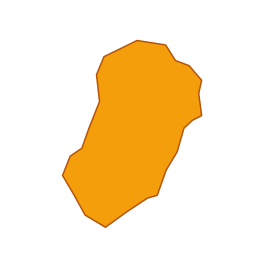 Agios Nikolaos Soleas, Cyprus, rotated 142°
{"feature_id": "46923920B37444624958942", "entity_name": "Agios Nikolaos Soleas", "entity_type": "district", "adm_level": 2, "iso_a3": "CYP", "parent_name": "Cyprus", "parent_adm1": "", "projection": "natural_earth1", "projection_center": [32.87, 35.098], "detail": "fine", "context": "isolated", "style": "filled", "palette": "amber", "viewbox_px": 256, "rotation_deg": 142, "n_neighbors": 0, "source": "geoboundaries", "source_scale": "gbopen_adm2", "svg_char_len": 450}
<svg xmlns="http://www.w3.org/2000/svg" viewBox="0 0 256 256"><g transform="rotate(142 128 128)"><path d="M62.3,92.5L51.0,111.7L40.6,120.3L41.5,139.5L49.1,152.0L47.2,170.2L67.0,191.4L103.0,199.0L120.0,189.4L134.1,166.4L158.7,152.0L176.7,140.5L190.9,141.4L208.8,130.9L211.7,108.8L215.4,85.8L206.9,63.7L180.5,62.7L155.9,60.8L146.4,57.0L123.7,71.4L103.9,79.0L84.0,93.4L72.7,94.4L62.3,92.5Z" fill="#f59e0b" stroke="#b45309" stroke-width="1.5"/></g></svg>